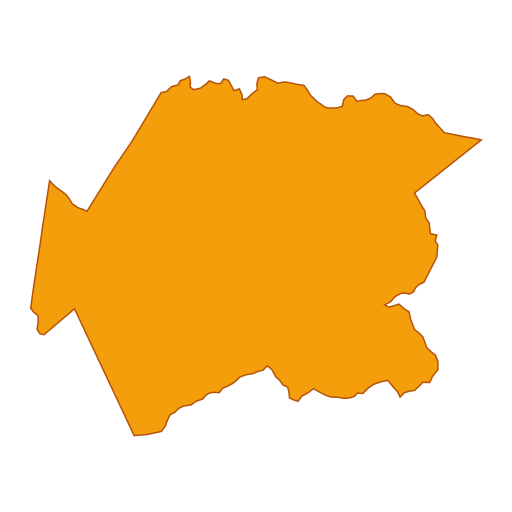 São Sebastião do Passé, Bahia, Brazil (Robinson projection)
{"feature_id": "56859067B57148089527577", "entity_name": "São Sebastião do Passé", "entity_type": "district", "adm_level": 2, "iso_a3": "BRA", "parent_name": "Brazil", "parent_adm1": "Bahia", "projection": "robinson", "projection_center": [-38.471, -12.522], "detail": "fine", "context": "isolated", "style": "filled", "palette": "amber", "viewbox_px": 512, "rotation_deg": 0, "n_neighbors": 0, "source": "geoboundaries", "source_scale": "gbopen_adm2", "svg_char_len": 2415}
<svg xmlns="http://www.w3.org/2000/svg" viewBox="0 0 512 512"><path d="M40.6,241.0L33.2,289.5L30.7,308.4L34.0,312.5L37.9,315.5L38.2,322.4L37.0,329.1L39.9,333.7L44.0,334.7L74.5,308.8L124.5,415.0L134.1,435.6L147.2,434.5L161.5,431.4L165.6,425.5L167.2,420.9L169.8,415.0L174.8,412.3L178.7,408.4L183.4,406.1L191.0,404.9L196.2,401.2L202.4,399.2L206.0,395.1L209.9,392.8L214.0,392.3L219.2,392.7L222.7,388.2L227.4,386.3L232.6,383.5L236.7,380.2L239.7,377.1L245.9,374.8L253.3,373.5L258.0,371.4L263.0,370.2L267.2,365.8L272.0,369.7L275.6,376.6L279.8,380.4L282.8,384.8L287.7,387.1L289.0,392.3L289.5,397.9L293.8,400.0L298.0,401.3L301.8,396.1L307.7,393.0L313.5,388.6L320.7,392.7L325.8,395.3L331.3,397.1L338.0,397.2L343.7,398.4L349.8,397.9L354.5,396.3L357.6,393.0L362.8,393.5L368.0,388.2L373.2,384.5L381.2,381.7L387.8,380.4L392.9,386.6L397.6,391.8L400.1,397.1L404.2,392.7L409.6,391.2L414.5,390.4L418.7,386.6L422.8,382.3L429.7,382.5L432.6,376.3L437.9,369.7L437.9,361.7L435.4,355.1L431.6,352.2L426.7,347.6L425.0,342.5L422.8,336.8L418.3,332.4L414.7,329.7L412.9,325.3L410.5,318.9L409.1,311.9L403.9,308.6L398.9,304.1L393.7,305.8L388.8,307.1L384.6,304.8L390.4,302.0L394.7,296.9L400.3,293.6L405.2,293.0L409.6,294.1L413.6,291.7L415.8,287.4L419.0,284.5L423.9,282.3L436.8,257.1L437.4,250.2L437.8,244.8L435.2,240.9L436.8,235.0L430.6,233.8L429.8,228.9L429.3,223.2L425.7,217.8L424.9,210.9L422.1,206.6L418.7,200.5L414.5,193.0L481.3,139.9L473.0,138.1L465.1,136.9L444.4,132.7L440.2,128.1L435.8,123.3L432.7,118.6L428.3,114.7L422.3,115.8L417.7,113.8L413.2,109.6L407.5,106.5L400.3,105.5L394.9,103.2L390.7,97.1L384.6,93.6L379.7,93.6L375.2,94.1L370.9,97.9L365.7,100.2L361.6,100.4L357.1,101.4L353.1,96.1L347.5,95.9L343.7,99.7L342.3,106.5L336.2,107.9L329.5,108.1L325.1,107.3L321.7,104.7L317.5,102.0L313.8,98.5L310.6,95.4L307.7,90.5L304.0,85.4L298.0,84.6L292.2,83.3L287.7,82.3L283.2,82.0L278.2,83.3L271.9,80.2L264.5,76.7L258.4,77.9L256.9,83.6L257.3,89.7L252.2,93.5L247.3,98.5L242.3,99.7L242.1,95.1L239.4,88.9L233.9,90.7L231.9,86.6L228.3,80.2L223.6,79.0L220.5,83.6L215.9,83.5L209.4,80.8L205.6,84.3L200.4,88.2L193.5,89.7L190.1,86.9L190.5,82.0L189.4,76.4L185.1,79.0L180.2,80.7L178.0,84.9L171.5,86.6L166.5,91.5L161.1,92.6L132.5,140.5L129.6,144.8L114.4,167.1L86.9,211.4L83.1,209.4L78.1,207.8L72.3,203.7L69.2,198.9L66.3,194.9L62.4,191.8L58.3,188.9L54.4,185.9L49.6,180.7L43.8,219.1L42.9,224.0L40.6,241.0Z" fill="#f59e0b" stroke="#b45309" stroke-width="1.5"/></svg>